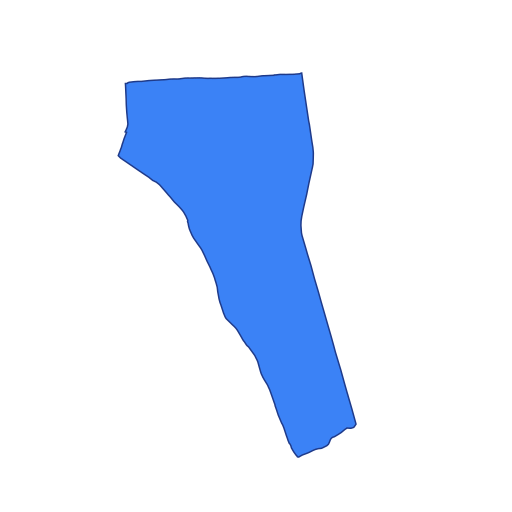 outline of Huai Khwang, Bangkok Metropolis, Thailand, rotated 162°
{"feature_id": "78962969B70795195201443", "entity_name": "Huai Khwang", "entity_type": "district", "adm_level": 2, "iso_a3": "THA", "parent_name": "Thailand", "parent_adm1": "Bangkok Metropolis", "projection": "equal_earth", "projection_center": [100.586, 13.772], "detail": "fine", "context": "isolated", "style": "filled", "palette": "blue", "viewbox_px": 512, "rotation_deg": 162, "n_neighbors": 0, "source": "geoboundaries", "source_scale": "gbopen_adm2", "svg_char_len": 5563}
<svg xmlns="http://www.w3.org/2000/svg" viewBox="0 0 512 512"><g transform="rotate(162 256 256)"><path d="M356.0,394.0L354.4,390.8L350.8,386.2L342.6,375.5L340.6,372.9L336.7,367.9L333.5,363.9L332.9,362.9L330.8,359.7L330.4,359.4L330.1,359.1L328.5,357.5L328.1,357.2L327.3,356.0L327.1,355.7L326.3,354.5L325.8,353.7L325.4,352.9L321.5,343.7L320.4,341.0L319.7,339.5L319.3,338.6L318.0,335.2L317.0,332.7L316.8,332.3L314.0,326.9L313.5,325.8L311.8,321.8L311.2,319.9L311.0,318.9L310.6,316.9L310.3,315.5L310.3,315.3L310.2,314.1L310.1,313.5L310.1,313.0L310.1,312.8L309.9,311.9L309.9,311.7L309.9,311.4L309.9,310.9L310.0,310.7L310.2,310.3L310.4,309.9L310.5,309.8L310.5,309.7L310.4,308.5L310.7,306.4L310.9,304.7L310.9,304.3L311.0,302.0L310.9,301.4L310.9,300.7L310.6,297.6L310.4,295.5L309.8,292.4L309.3,290.7L307.5,284.8L306.2,280.8L305.7,278.7L305.6,278.3L304.8,272.6L304.2,266.7L304.1,265.9L303.4,261.2L303.2,259.8L303.0,257.6L302.4,252.7L302.2,248.0L302.3,245.4L302.3,244.0L302.3,243.4L302.3,242.9L302.5,238.5L302.7,237.4L302.9,236.4L303.0,235.9L303.0,235.7L303.3,234.6L303.3,234.4L303.4,234.0L303.9,230.3L304.4,226.6L304.6,223.0L304.5,220.3L304.5,219.5L304.5,218.9L304.5,213.6L304.5,211.5L304.4,210.6L304.2,207.9L304.0,206.7L303.8,206.0L303.7,205.6L302.7,203.7L301.4,201.2L299.8,198.1L298.4,195.6L297.4,193.4L296.8,191.6L296.6,190.8L295.5,186.0L294.5,181.0L294.1,179.3L293.6,178.2L292.6,174.5L292.3,173.8L292.2,173.5L292.1,173.3L291.6,172.6L291.4,172.2L291.2,172.0L291.2,171.9L291.1,171.7L289.7,167.3L289.6,167.2L289.2,165.8L288.1,162.4L287.8,161.2L287.7,160.3L287.5,158.9L287.2,157.1L287.1,156.2L287.1,155.8L287.0,155.4L287.0,154.7L287.0,154.2L287.2,149.8L287.4,144.8L287.4,143.2L287.4,142.4L287.0,139.3L287.0,138.9L286.3,135.5L285.9,133.9L285.0,130.2L284.8,129.1L284.7,127.6L284.4,125.3L284.3,124.3L284.1,117.1L284.0,112.0L284.0,111.6L283.9,109.0L284.1,107.6L284.0,103.5L284.0,97.9L283.4,90.9L283.2,88.9L282.9,87.6L282.8,86.8L282.7,85.4L282.6,83.7L282.6,83.1L282.6,82.4L282.6,80.8L282.6,79.8L282.6,76.0L282.5,72.9L282.5,70.3L282.4,69.8L282.3,67.8L282.2,67.7L282.2,67.4L281.9,66.9L281.8,66.6L281.7,66.4L281.6,65.7L281.5,64.8L281.5,64.2L281.6,62.6L281.6,62.4L281.4,61.7L281.1,60.1L280.5,57.6L279.4,54.2L279.0,53.4L278.8,53.1L278.8,52.8L278.8,52.5L278.2,51.8L277.7,51.7L277.3,51.6L277.1,51.7L273.6,52.4L273.3,52.4L272.9,52.4L272.6,52.5L272.3,52.5L271.9,52.5L269.2,52.6L267.3,52.7L266.5,52.8L266.4,52.8L265.5,52.9L265.0,53.0L261.7,53.5L259.1,53.7L257.5,53.6L256.1,53.5L253.9,53.0L253.1,52.9L251.9,53.0L247.3,53.7L247.2,53.8L246.8,53.9L246.5,54.1L245.8,54.4L245.7,54.4L245.6,54.5L245.3,54.6L244.9,55.0L243.6,56.4L242.4,57.9L242.2,58.1L241.2,59.1L240.1,59.6L239.9,59.7L239.6,59.8L239.4,59.9L237.5,59.9L237.3,59.9L234.2,60.6L233.3,60.8L229.5,61.8L225.0,63.6L224.6,63.7L222.8,64.2L222.6,64.3L222.0,64.0L221.5,63.8L220.9,63.6L220.2,63.3L220.0,63.2L219.1,62.9L218.9,62.9L218.5,62.8L218.3,62.8L216.8,62.8L216.2,62.8L215.9,62.9L215.5,63.1L214.6,63.8L214.2,64.1L212.9,65.1L212.8,65.6L212.1,80.8L211.7,93.8L211.6,96.2L211.6,97.2L211.2,107.8L210.6,121.1L210.2,139.9L209.8,147.3L209.4,156.7L209.0,169.0L208.6,180.5L208.2,192.6L207.8,201.9L207.4,216.4L206.7,229.7L206.5,241.9L206.3,247.4L206.0,258.4L205.9,261.5L205.6,264.0L204.7,267.7L203.8,271.3L202.3,275.4L200.1,279.8L195.3,288.1L188.8,298.9L183.3,308.7L176.6,320.1L175.0,322.8L173.3,325.9L171.3,331.4L169.7,336.0L169.2,337.9L169.2,338.0L168.4,341.6L167.3,348.7L164.6,364.5L164.2,368.1L159.1,398.6L156.9,410.9L156.0,415.9L156.8,416.0L157.5,415.9L157.9,415.8L158.6,415.9L159.4,416.1L161.5,416.6L161.8,416.7L162.3,416.8L162.6,416.8L162.9,416.9L163.8,417.1L166.8,418.0L167.3,418.2L171.1,419.3L175.6,420.8L176.7,421.2L178.6,421.6L179.7,421.8L180.0,421.9L180.4,421.9L181.6,422.2L181.8,422.3L182.2,422.4L182.6,422.5L182.8,422.5L183.0,422.5L183.2,422.3L183.4,422.4L183.5,422.4L183.7,422.5L183.8,422.5L184.8,422.8L191.8,424.7L192.2,424.8L192.4,424.9L193.1,425.1L194.7,425.5L199.6,426.4L199.8,426.5L200.4,426.6L200.9,426.7L202.6,427.2L203.1,427.4L204.5,427.9L205.2,428.1L205.9,428.4L207.2,428.9L207.5,429.0L208.3,429.3L208.9,429.6L209.4,429.8L211.9,430.5L213.6,430.8L215.5,430.9L215.9,431.0L218.1,431.5L218.7,431.7L221.8,432.7L222.8,433.0L223.9,433.3L225.2,433.7L229.2,434.6L231.9,435.3L234.6,436.0L235.8,436.3L236.6,436.6L240.1,437.6L240.9,437.9L242.3,438.3L243.8,438.9L245.4,439.4L246.3,439.6L246.5,439.7L246.8,439.8L247.8,440.1L248.2,440.3L248.4,440.4L248.5,440.4L248.9,440.5L249.0,440.6L249.3,440.7L249.4,440.8L250.6,441.2L250.8,441.3L251.0,441.4L252.8,442.2L254.3,442.7L254.8,442.9L255.3,443.0L255.8,443.2L256.4,443.4L256.8,443.5L257.4,443.7L258.8,444.1L259.3,444.3L260.3,444.6L260.5,444.6L263.7,445.6L265.2,446.1L266.4,446.5L267.2,446.7L268.1,447.0L268.7,447.1L269.0,447.2L269.5,447.3L271.2,447.6L272.2,447.8L272.6,447.9L273.3,448.0L273.7,448.0L275.3,448.4L276.3,448.7L277.3,449.0L278.6,449.5L279.1,449.6L279.4,449.7L279.5,449.8L280.1,449.9L280.4,450.0L280.7,450.1L280.9,450.1L281.0,450.2L283.1,450.8L287.1,451.6L288.4,451.9L291.7,452.8L295.9,453.9L298.8,454.7L303.9,456.0L305.9,456.4L311.2,457.5L314.2,458.5L317.8,459.4L322.8,460.4L324.2,460.4L324.4,460.3L324.5,460.3L324.7,460.2L325.0,459.9L326.9,460.4L327.6,457.7L330.8,446.1L331.0,445.4L332.6,440.0L333.2,437.7L334.4,433.0L335.5,428.1L335.9,426.3L336.2,424.8L337.0,421.3L337.3,420.6L338.0,419.4L338.4,418.6L339.4,417.4L339.5,417.3L339.6,417.2L339.8,417.0L339.8,416.9L340.8,415.8L341.0,415.6L341.5,415.1L342.1,414.5L340.9,413.6L345.3,408.2L347.8,404.7L348.4,404.0L350.6,400.7L351.9,399.2L352.6,398.2L355.1,395.2L356.0,394.0Z" fill="#3b82f6" stroke="#1e3a8a" stroke-width="1.5"/></g></svg>